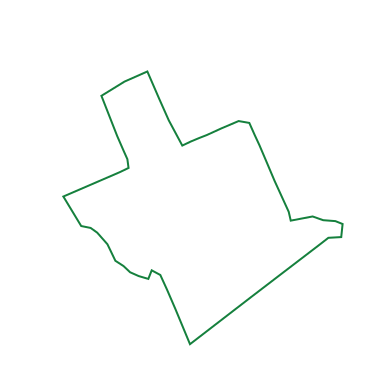 the district of Campo Bom, Rio Grande do Sul, Brazil, rotated 329°
{"feature_id": "56859067B26450975803868", "entity_name": "Campo Bom", "entity_type": "district", "adm_level": 2, "iso_a3": "BRA", "parent_name": "Brazil", "parent_adm1": "Rio Grande do Sul", "projection": "mercator", "projection_center": [-51.046, -29.666], "detail": "fine", "context": "isolated", "style": "outline", "palette": "green", "viewbox_px": 384, "rotation_deg": 329, "n_neighbors": 0, "source": "geoboundaries", "source_scale": "gbopen_adm2", "svg_char_len": 729}
<svg xmlns="http://www.w3.org/2000/svg" viewBox="0 0 384 384"><g transform="rotate(329 192 192)"><path d="M304.6,297.0L299.9,290.8L289.9,283.7L282.8,275.1L261.9,267.4L264.7,258.8L268.5,225.1L271.5,203.9L273.9,186.6L275.1,175.4L276.7,162.3L268.5,155.2L249.9,152.6L234.0,150.8L225.8,149.4L216.9,148.1L207.6,147.2L209.0,118.6L211.9,95.1L215.8,65.7L191.0,62.6L163.9,62.9L156.7,105.5L154.6,121.5L153.5,130.6L150.0,138.7L140.3,137.8L79.4,129.6L79.5,164.1L86.6,170.6L89.8,178.0L92.6,193.2L91.9,201.0L90.9,211.5L95.2,220.3L97.6,228.9L103.0,236.6L109.8,244.0L117.1,238.4L122.1,246.8L120.3,262.8L117.5,283.7L111.9,321.4L188.5,312.5L276.3,302.6L285.3,301.5L296.7,307.5L304.6,297.0Z" fill="none" stroke="#15803d" stroke-width="2"/></g></svg>